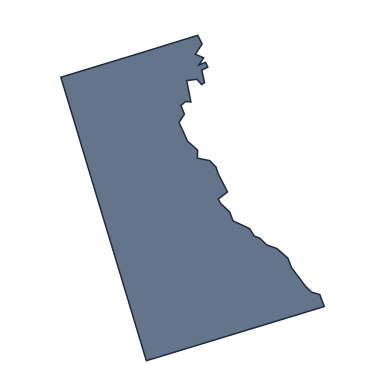 Juneau, Wisconsin, United States of America, rotated 343°
{"feature_id": "52423323B86052819188515", "entity_name": "Juneau", "entity_type": "district", "adm_level": 2, "iso_a3": "USA", "parent_name": "United States of America", "parent_adm1": "Wisconsin", "projection": "albers", "projection_center": [-89.981, 43.945], "detail": "fine", "context": "isolated", "style": "filled", "palette": "slate", "viewbox_px": 384, "rotation_deg": 343, "n_neighbors": 0, "source": "geoboundaries", "source_scale": "gbopen_adm2", "svg_char_len": 763}
<svg xmlns="http://www.w3.org/2000/svg" viewBox="0 0 384 384"><g transform="rotate(343 192 192)"><path d="M100.1,43.9L100.0,89.5L99.6,174.2L99.5,216.5L99.2,295.9L99.0,340.0L266.3,340.2L279.8,340.2L283.2,340.2L284.7,340.1L285.0,340.1L284.2,327.5L276.9,322.6L272.9,315.1L265.1,293.6L264.3,283.2L256.6,270.8L247.9,264.4L243.3,255.9L238.6,252.3L236.5,244.0L222.8,231.6L222.2,222.1L216.0,211.3L215.1,206.4L226.0,202.3L222.3,181.8L222.3,175.4L218.2,167.2L207.1,161.2L209.6,153.6L202.6,142.1L200.0,121.7L207.5,115.3L206.7,106.1L212.2,103.6L217.3,105.6L219.5,83.9L229.6,85.7L232.6,92.1L236.0,91.1L237.0,78.3L243.6,77.3L242.9,72.0L235.8,72.5L242.4,67.1L235.5,61.3L245.0,53.3L243.2,43.8L181.0,44.0L100.1,43.9Z" fill="#64748b" stroke="#1e293b" stroke-width="1.5"/></g></svg>